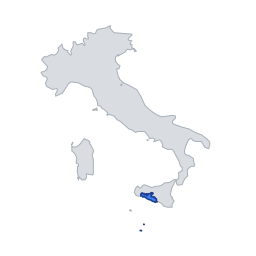 location of Agrigento within Italy, rotated 353°
{"feature_id": "ITA-5417", "entity_name": "Agrigento", "entity_type": "Province", "adm_level": 1, "iso_a3": "ITA", "parent_name": "Italy", "parent_adm1": "", "projection": "mercator", "projection_center": [13.389, 36.616], "detail": "fine", "context": "in_parent", "style": "filled", "palette": "blue", "viewbox_px": 256, "rotation_deg": 353, "n_neighbors": 0, "source": "natural_earth", "source_scale": "10m", "svg_char_len": 5368}
<svg xmlns="http://www.w3.org/2000/svg" viewBox="0 0 256 256"><g transform="rotate(353 128 128)"><path d="M53.9,46.8L55.3,47.6L60.8,45.7L64.1,46.8L66.9,45.0L68.7,42.2L68.3,40.1L72.6,36.7L73.1,40.6L75.6,43.2L77.9,43.8L77.4,45.4L79.8,48.6L80.7,48.3L81.0,47.7L80.4,45.0L83.7,39.8L83.9,36.1L84.5,35.7L86.1,36.0L87.5,39.4L93.0,38.3L94.8,40.9L95.7,40.4L94.3,36.0L94.9,33.7L96.4,33.3L97.4,34.4L99.5,34.7L99.6,33.3L99.1,32.4L99.8,28.5L103.0,28.9L104.9,30.3L107.1,30.2L108.9,27.1L110.4,26.4L117.5,26.1L122.8,24.3L123.2,24.7L122.3,26.2L122.6,27.1L125.7,31.7L143.3,35.3L143.0,36.4L139.3,39.2L139.0,40.3L139.6,41.2L142.4,41.9L140.4,44.6L140.5,45.6L142.0,45.7L141.7,48.9L143.6,49.9L145.6,52.7L143.6,53.2L144.4,52.5L142.3,49.7L140.2,50.9L136.7,49.7L134.3,52.3L126.3,55.5L127.7,54.1L127.1,54.0L124.2,56.0L123.6,59.8L125.8,63.7L127.6,65.0L126.8,67.4L125.7,68.2L124.3,67.6L123.9,69.7L124.6,75.2L125.9,79.0L129.8,83.3L132.7,84.7L141.5,91.2L144.7,98.4L147.5,107.3L149.8,110.7L154.6,115.4L158.9,118.9L163.0,121.0L173.6,120.9L176.3,121.7L176.6,123.2L176.1,124.2L172.9,126.6L172.8,128.6L174.3,130.0L181.5,133.6L188.9,136.6L193.8,140.5L200.3,143.8L205.3,148.8L207.1,151.4L207.4,153.5L206.2,157.0L205.5,158.4L201.9,156.4L199.1,150.4L192.8,149.4L190.9,148.3L189.9,146.5L187.9,146.3L186.5,147.3L183.1,152.9L181.2,157.8L181.1,159.7L182.1,161.6L185.1,162.7L189.0,166.1L189.1,170.3L189.8,172.7L188.8,174.1L186.8,173.7L184.2,174.6L182.4,176.1L181.6,177.6L181.4,182.8L177.9,185.5L174.9,190.8L170.4,190.8L169.4,189.2L169.3,186.8L170.1,185.3L171.7,184.6L172.8,181.5L172.5,179.3L173.1,178.3L176.7,176.8L176.9,173.7L175.5,172.3L174.4,166.6L170.0,155.5L168.5,154.4L164.7,154.1L160.1,151.1L159.8,149.9L160.5,148.7L160.0,147.1L158.6,144.3L157.6,143.6L151.9,144.8L153.5,142.5L151.5,141.0L147.9,141.0L148.0,140.0L145.4,135.4L143.8,133.5L137.2,132.6L135.1,133.4L131.9,130.4L129.0,129.3L121.6,120.9L118.0,118.3L115.7,114.6L111.1,112.2L109.0,112.8L108.5,112.3L109.6,111.6L109.4,110.1L106.3,106.4L104.5,105.2L103.3,102.8L100.7,102.3L100.7,97.9L99.8,94.8L98.1,92.2L97.1,86.0L96.3,84.2L94.4,82.8L90.2,81.3L84.3,77.2L77.2,75.3L74.4,76.7L67.1,85.5L60.2,87.5L60.1,85.7L62.7,81.7L62.1,80.1L57.9,80.6L52.3,76.9L51.5,73.7L53.1,70.5L54.0,69.8L53.5,67.7L50.1,65.9L48.7,63.1L48.6,62.2L49.5,61.7L51.5,61.9L54.6,59.9L55.6,57.2L50.8,50.3L51.0,48.9L53.9,46.8ZM127.0,85.0L127.3,83.4L125.9,84.4L126.3,85.2L127.0,85.0ZM169.2,185.2L163.9,193.4L162.0,198.9L162.3,201.0L163.8,202.6L163.0,203.1L164.7,205.7L164.7,206.4L162.3,209.3L162.2,211.9L157.7,211.5L154.0,210.0L152.2,207.1L150.8,205.9L149.2,204.9L146.1,205.0L144.7,204.4L136.2,198.6L132.9,197.1L129.1,196.7L127.6,195.4L126.4,192.8L127.9,188.9L130.4,186.7L132.6,189.2L134.6,188.3L134.7,187.6L136.1,186.5L137.8,186.5L144.5,190.1L148.0,189.1L151.2,189.5L154.1,189.0L157.9,186.9L162.3,187.2L167.4,184.8L169.2,185.2ZM88.8,139.8L91.2,146.6L89.0,150.6L89.8,155.0L87.9,169.8L86.9,170.3L81.1,168.5L80.7,171.9L79.9,173.3L78.8,174.2L75.7,173.9L72.6,169.1L72.3,164.3L73.0,162.9L73.0,160.2L74.2,160.0L74.3,158.1L73.6,157.1L72.4,156.8L72.5,154.7L73.3,153.0L73.3,150.2L71.7,146.5L69.5,143.9L70.0,139.2L71.9,140.4L74.6,140.4L78.0,138.6L83.4,133.1L84.2,134.1L86.5,135.0L88.6,137.4L87.8,138.9L88.8,139.8ZM99.1,104.3L99.6,105.4L99.4,106.9L98.3,106.0L95.5,106.4L95.2,105.6L98.6,104.9L99.1,104.3ZM73.4,171.5L72.6,173.2L71.8,171.0L71.9,170.7L73.4,171.5ZM71.6,135.9L70.4,137.8L69.7,137.8L71.3,135.5L71.6,135.9ZM121.2,210.7L119.7,210.3L119.7,209.5L120.9,209.7L121.2,210.7ZM146.8,142.3L145.6,142.9L145.6,141.9L146.8,142.3Z" fill="#d9dde1" stroke="#a8b0b8" stroke-width="1"/><path d="M147.9,204.7L147.0,204.8L146.9,204.8L146.6,205.0L145.9,205.0L145.1,204.3L144.6,204.1L144.0,204.0L143.5,203.8L143.1,203.5L142.0,202.3L141.6,202.1L141.1,201.9L140.5,201.8L140.0,201.6L139.6,201.4L138.9,200.8L138.3,200.5L138.1,200.3L138.0,200.2L137.8,200.1L137.7,200.0L137.3,199.4L137.2,199.3L137.0,199.2L136.8,199.0L136.7,198.9L136.3,198.5L134.6,198.2L134.4,198.3L134.2,198.3L134.1,198.1L134.0,197.8L133.9,197.6L133.6,197.3L133.2,197.1L132.5,197.0L132.7,196.5L132.8,195.8L132.6,195.7L132.7,195.1L133.2,194.6L133.7,194.3L134.1,194.1L134.3,194.2L134.4,194.3L134.7,194.8L134.9,194.9L135.7,194.9L136.4,195.1L136.6,195.3L136.8,195.8L137.0,196.1L137.3,196.2L137.5,195.9L137.9,195.8L138.1,195.8L138.3,195.5L138.5,195.5L138.6,195.9L138.3,196.6L138.5,197.2L138.6,197.5L139.3,197.3L139.3,197.1L139.0,196.7L139.1,196.4L139.3,196.3L139.5,196.1L139.7,195.9L139.9,195.7L142.0,195.8L142.6,195.6L142.9,195.0L143.0,194.9L143.7,195.2L143.9,195.2L144.2,195.2L144.4,195.3L144.6,195.4L144.8,195.6L144.9,195.8L144.9,196.0L144.7,196.4L143.7,196.8L143.4,196.8L143.2,196.7L142.9,196.8L142.9,197.0L143.2,197.6L143.2,198.0L143.1,198.3L142.9,198.4L142.7,198.5L142.5,198.8L142.6,199.0L143.0,199.0L143.4,199.2L143.6,199.3L143.8,199.4L145.2,199.3L145.3,199.4L145.3,199.5L145.5,199.9L145.8,199.8L146.1,200.1L145.9,200.3L145.7,200.5L146.2,201.0L146.4,201.1L146.5,201.1L146.8,201.1L147.2,201.6L147.5,201.8L147.6,202.0L147.6,202.4L147.2,203.2L147.2,203.3L147.2,203.5L147.3,203.6L147.7,204.1L147.8,204.4L147.9,204.7ZM136.0,196.3L136.3,196.1L136.1,195.9L135.9,195.8L135.8,196.1L135.9,196.3L136.0,196.3ZM128.9,231.4L128.9,231.5L128.7,231.7L128.0,231.4L127.7,231.4L127.7,231.2L128.0,231.2L128.8,231.3L128.9,231.4ZM132.1,225.4L132.2,225.5L132.3,225.7L132.2,225.8L131.9,225.7L132.0,225.4L132.1,225.4Z" fill="#3b82f6" stroke="#1e3a8a" stroke-width="1.5"/></g></svg>